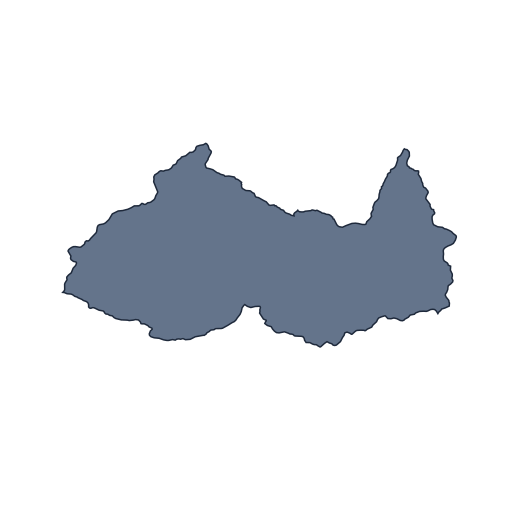 the district of Pomabamba, Áncash, Peru, rotated 247°
{"feature_id": "86281439B64426099138433", "entity_name": "Pomabamba", "entity_type": "district", "adm_level": 2, "iso_a3": "PER", "parent_name": "Peru", "parent_adm1": "Áncash", "projection": "equal_earth", "projection_center": [-77.411, -8.715], "detail": "fine", "context": "isolated", "style": "filled", "palette": "slate", "viewbox_px": 512, "rotation_deg": 247, "n_neighbors": 0, "source": "geoboundaries", "source_scale": "gbopen_adm2", "svg_char_len": 6118}
<svg xmlns="http://www.w3.org/2000/svg" viewBox="0 0 512 512"><g transform="rotate(247 256 256)"><path d="M155.3,426.9L156.5,427.7L159.1,427.6L160.9,428.9L162.7,429.6L167.0,429.4L170.6,431.2L172.5,429.4L173.9,429.6L175.0,429.3L177.9,427.3L179.8,427.2L182.4,428.2L184.5,429.4L187.6,430.4L188.7,431.2L189.5,432.5L189.9,434.1L190.2,436.7L190.1,439.9L190.5,442.6L192.7,445.7L195.0,447.7L196.0,448.1L196.9,447.9L199.7,446.3L201.9,445.5L203.8,444.1L206.3,441.8L207.5,440.1L209.5,438.9L211.9,434.7L215.4,431.7L217.3,431.6L221.1,432.5L223.3,433.4L224.5,434.7L225.1,436.8L226.0,437.4L227.9,437.2L229.3,437.6L230.4,436.0L231.0,435.8L233.9,435.7L235.5,436.4L242.3,434.7L243.4,435.2L245.0,436.6L247.0,439.2L248.4,439.6L252.3,438.6L253.7,437.3L254.9,437.2L256.4,437.3L257.7,437.8L260.0,437.6L262.9,438.1L267.8,437.3L269.4,438.4L270.7,438.8L271.3,438.0L271.9,436.4L272.9,435.1L274.2,434.7L275.2,433.6L276.3,432.9L277.2,431.7L278.4,431.7L279.9,430.6L282.6,431.0L285.1,432.8L288.1,436.3L291.6,437.6L292.6,437.5L294.9,436.6L295.9,435.0L296.7,434.4L295.6,432.6L294.5,431.6L292.0,428.3L291.4,425.4L291.0,424.6L289.0,423.9L284.6,420.1L283.5,418.5L283.2,417.9L282.8,416.0L282.9,414.1L282.3,413.3L281.0,412.7L280.5,412.1L280.4,410.2L279.8,409.0L278.2,408.1L276.1,405.1L274.4,403.4L272.7,401.2L271.7,400.6L271.0,399.7L270.7,398.5L269.1,398.0L268.0,395.8L266.8,395.2L264.7,393.5L262.2,392.2L260.9,391.3L259.6,388.6L259.2,386.9L258.4,385.7L255.1,382.6L253.1,382.1L250.3,378.6L248.5,378.0L247.5,378.0L245.8,375.5L244.3,371.4L242.4,369.6L242.4,368.6L243.6,366.0L245.9,362.9L247.4,360.3L248.5,357.0L248.8,350.9L248.7,346.7L250.5,344.0L251.4,343.3L253.2,342.6L259.5,342.2L259.7,341.7L260.2,341.4L261.8,341.7L262.8,340.9L263.9,340.7L265.7,339.2L267.0,336.9L268.5,335.6L269.7,333.6L270.9,332.9L274.3,330.0L274.5,328.4L276.3,326.0L276.5,325.2L276.3,324.3L278.0,318.7L278.0,317.1L278.6,315.5L279.7,313.4L281.2,312.3L281.8,312.3L281.2,311.0L280.7,308.7L280.2,307.6L279.2,306.9L278.1,306.7L279.7,304.4L281.4,303.3L283.7,300.6L285.2,299.6L287.3,299.2L289.4,296.8L290.8,296.5L292.7,294.7L294.0,294.3L294.5,293.9L294.9,292.9L295.7,292.8L296.1,292.2L297.0,289.0L297.8,287.9L301.9,286.6L303.6,285.1L308.8,281.1L310.0,279.3L310.9,278.7L314.4,278.7L315.7,277.5L317.9,276.4L318.5,275.7L320.3,272.2L323.1,270.1L324.1,269.7L325.5,269.8L326.7,270.2L327.2,270.7L328.5,270.7L329.4,271.5L332.6,269.8L333.7,269.0L335.1,267.3L336.5,267.2L337.2,266.9L340.2,262.3L341.5,258.6L343.0,258.0L345.1,255.3L346.7,254.2L347.9,252.7L352.3,250.0L354.5,247.4L356.3,244.9L357.1,244.6L359.9,244.9L360.8,245.4L363.5,249.5L364.6,250.2L368.3,254.8L369.4,255.6L370.4,255.6L372.6,254.6L376.2,255.0L378.4,254.5L379.3,253.8L379.0,251.0L379.8,247.7L380.1,244.5L379.4,243.2L377.5,241.8L376.4,239.0L376.5,237.3L377.3,235.6L375.7,230.5L376.2,226.1L375.3,224.8L374.4,221.1L372.1,218.6L371.9,217.1L372.0,215.3L370.1,212.6L369.5,209.9L369.6,208.7L370.3,205.9L370.3,203.9L371.6,201.8L371.7,201.1L371.5,199.8L370.8,198.1L370.2,194.5L368.7,192.8L366.5,192.1L364.3,190.8L353.4,190.6L352.6,190.0L350.8,187.5L348.3,185.2L347.6,183.9L346.7,180.1L346.8,178.9L347.3,177.2L346.8,175.0L346.8,174.2L347.4,173.0L348.5,172.3L349.0,171.4L348.0,168.7L348.0,167.7L349.7,163.5L349.2,160.2L349.1,156.4L349.9,151.1L351.3,146.7L350.9,140.2L347.0,134.9L345.3,130.4L345.1,128.2L346.0,124.2L345.8,122.6L344.6,121.2L340.7,118.8L339.8,117.8L336.7,110.5L335.7,109.0L335.4,107.4L336.2,106.0L336.2,105.5L335.6,104.0L334.5,103.3L333.8,102.4L332.7,98.4L332.9,97.2L335.3,93.3L335.9,91.7L336.0,90.3L335.7,88.3L335.2,86.4L334.5,85.3L333.8,84.9L328.3,85.6L326.4,84.4L325.0,84.3L322.4,85.8L320.9,87.9L320.1,88.1L319.3,87.8L317.8,86.4L316.2,82.9L312.7,79.4L311.7,75.9L310.6,73.7L309.8,73.2L308.0,72.8L305.8,69.7L304.8,68.8L299.9,66.8L299.0,66.0L298.0,63.9L297.3,65.2L295.1,67.3L293.2,70.9L292.1,72.0L289.6,73.5L288.2,75.2L287.2,75.8L283.8,79.0L282.6,79.6L280.3,82.1L279.0,82.8L278.3,83.0L276.6,82.9L274.5,82.0L273.2,82.4L272.4,83.5L272.3,85.5L271.6,86.7L267.4,90.4L265.2,93.7L264.4,94.3L262.8,94.4L261.2,95.2L260.3,96.9L258.6,98.0L257.0,100.4L254.9,101.2L253.3,102.4L249.8,107.1L247.2,112.6L246.1,114.1L244.9,118.1L244.6,120.2L243.1,122.8L240.5,123.8L238.7,123.7L238.1,124.5L237.2,126.7L234.2,129.3L232.6,129.8L230.2,132.0L229.1,131.8L228.3,129.5L226.0,127.3L224.5,127.0L222.7,127.8L220.5,130.3L218.1,134.7L214.9,138.2L213.0,141.1L212.4,142.6L211.7,146.5L210.1,148.8L210.4,150.6L209.8,152.7L208.9,153.9L208.5,156.5L206.5,158.4L205.0,162.9L205.4,168.5L203.6,176.5L203.2,177.3L203.6,179.5L204.5,180.8L204.8,183.7L205.3,184.7L205.4,185.7L204.6,188.4L204.6,189.0L204.9,190.0L204.8,190.8L202.9,195.5L202.6,197.0L203.2,202.9L204.0,207.9L204.1,210.4L204.9,212.5L206.3,214.5L208.5,218.5L210.7,220.8L213.7,222.9L215.2,225.3L215.7,226.7L213.1,228.3L210.6,231.1L209.9,235.4L208.5,239.2L207.9,240.0L206.7,239.9L205.0,238.5L203.5,238.0L202.0,237.0L195.1,238.2L192.8,240.3L192.2,240.0L191.4,238.7L190.4,237.7L187.6,239.3L185.0,242.4L182.4,242.7L179.6,243.6L177.5,244.9L176.2,247.2L175.1,252.6L172.2,255.7L170.9,256.8L170.3,258.1L169.2,259.5L167.6,260.1L167.0,260.9L164.4,266.3L163.5,267.6L161.4,268.2L159.4,267.8L156.8,268.3L155.2,271.8L152.9,273.6L151.7,275.0L150.7,277.0L149.4,277.7L147.2,279.4L147.2,280.2L148.8,284.9L149.4,287.9L147.3,289.5L145.6,291.5L143.9,292.1L143.1,293.1L142.8,293.8L142.6,295.2L144.2,300.3L147.1,303.7L148.6,306.1L150.5,307.6L150.5,309.4L150.2,310.3L148.2,312.3L146.7,313.2L146.5,314.0L147.7,317.4L148.1,319.0L148.0,320.0L146.8,323.4L145.4,326.4L144.6,327.1L144.6,328.0L145.2,329.8L145.3,334.7L146.7,336.5L148.4,341.3L149.9,342.9L151.0,344.6L151.0,347.8L150.6,351.2L150.3,351.7L146.9,352.9L145.5,355.7L145.1,358.6L144.8,359.1L143.2,361.2L140.3,363.6L139.2,365.4L139.1,367.1L139.7,368.3L140.1,372.3L141.4,374.9L140.5,379.1L141.2,380.6L141.1,384.8L139.7,388.7L138.5,391.1L138.3,392.6L138.5,395.8L138.0,397.6L137.3,399.0L136.8,399.6L134.8,400.5L131.9,400.9L133.0,402.4L133.7,404.7L134.6,406.2L134.3,410.0L134.4,414.3L137.1,415.7L138.3,415.7L139.8,416.1L143.8,415.0L146.0,414.9L147.1,415.7L148.0,417.2L150.2,419.4L152.8,420.8L153.6,421.5L154.1,424.1L155.3,426.9Z" fill="#64748b" stroke="#1e293b" stroke-width="1.5"/></g></svg>